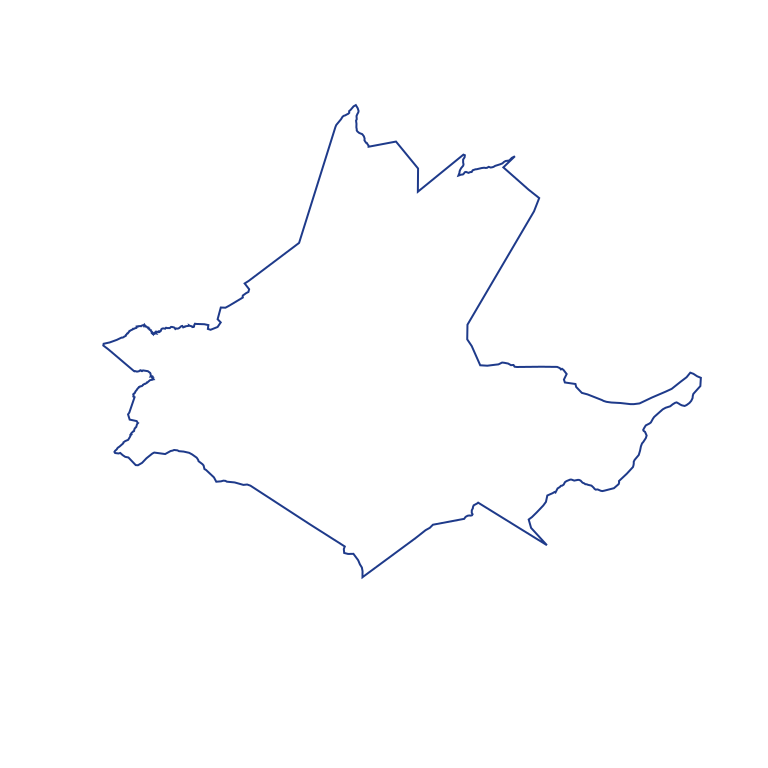 outline of Heroica Ciudad de Tlaxiaco, Oaxaca, Mexico, rotated 229°
{"feature_id": "50627088B37412880496873", "entity_name": "Heroica Ciudad de Tlaxiaco", "entity_type": "district", "adm_level": 2, "iso_a3": "MEX", "parent_name": "Mexico", "parent_adm1": "Oaxaca", "projection": "natural_earth1", "projection_center": [-97.668, 17.235], "detail": "fine", "context": "isolated", "style": "outline", "palette": "blue", "viewbox_px": 768, "rotation_deg": 229, "n_neighbors": 0, "source": "geoboundaries", "source_scale": "gbopen_adm2", "svg_char_len": 6130}
<svg xmlns="http://www.w3.org/2000/svg" viewBox="0 0 768 768"><g transform="rotate(229 384 384)"><path d="M470.0,632.2L470.8,628.8L470.5,625.2L472.5,622.1L472.9,620.2L472.8,618.2L473.7,615.6L475.7,611.0L476.0,609.2L476.5,608.0L477.4,606.5L479.2,605.5L479.6,603.5L480.6,602.2L481.5,601.5L482.9,599.4L485.3,594.8L486.0,593.9L487.1,591.2L486.5,589.2L487.3,588.2L487.9,586.3L490.3,585.0L490.8,583.9L490.4,582.2L490.4,581.0L491.6,579.2L492.5,576.9L493.9,579.5L494.9,580.6L495.5,581.7L496.3,583.8L496.8,587.0L497.7,588.2L499.2,589.0L501.5,591.0L502.2,593.5L503.6,595.1L505.0,594.4L506.9,535.7L524.3,551.1L559.1,552.1L573.2,528.0L574.2,528.8L575.7,528.8L576.8,529.2L577.8,528.7L580.7,529.1L582.0,530.4L584.1,531.3L586.8,531.5L589.7,530.0L592.1,529.6L593.3,529.8L594.2,530.6L595.8,531.5L598.4,533.9L601.1,535.7L601.7,537.1L604.3,539.1L605.4,541.4L605.8,542.7L606.7,543.9L609.4,545.1L613.0,545.7L613.5,543.2L612.8,538.6L612.8,536.7L611.5,535.7L611.4,534.3L611.8,532.9L612.2,530.9L612.8,529.6L612.9,528.1L612.0,525.2L610.8,517.9L609.8,515.9L546.2,412.5L550.6,349.3L551.3,344.8L544.0,344.4L542.4,342.0L543.0,339.7L543.4,335.5L543.0,334.9L541.9,334.2L544.8,317.9L545.6,314.4L548.8,311.0L542.0,300.9L537.6,301.2L536.2,295.8L538.7,288.7L541.1,287.2L543.7,290.1L547.0,287.6L552.6,281.6L553.5,280.9L553.0,279.5L552.0,278.3L551.9,277.8L552.7,276.7L553.5,276.9L555.2,275.7L556.1,275.4L555.7,275.2L558.0,271.7L557.8,271.2L558.2,270.5L558.5,269.6L560.1,269.9L560.6,269.0L560.6,266.2L561.0,264.9L561.8,263.9L562.3,263.6L562.4,262.6L563.9,262.8L564.5,262.6L566.2,261.4L566.8,260.7L566.7,259.4L566.9,258.8L568.6,256.9L569.1,256.7L569.5,256.3L569.3,255.1L570.5,254.2L571.3,253.1L571.4,251.9L570.5,250.4L570.8,249.5L571.5,248.8L571.4,248.3L570.8,248.2L571.3,247.5L572.3,247.1L573.3,246.0L573.1,245.4L571.6,245.2L572.4,244.6L573.1,244.5L573.2,243.5L573.0,243.1L572.6,243.1L572.7,242.7L573.0,242.5L573.3,243.1L573.5,243.0L573.1,242.5L573.7,242.5L574.0,242.3L574.8,242.1L575.0,242.2L574.8,243.1L576.1,243.1L576.8,242.9L577.6,243.3L577.8,243.0L579.0,242.7L579.6,243.1L579.8,242.8L580.4,242.6L580.7,243.1L581.0,243.2L581.3,242.8L581.0,242.1L581.5,242.9L581.9,242.5L582.8,242.5L584.1,242.1L584.1,241.7L585.1,242.1L585.4,241.9L585.4,241.2L586.1,241.7L586.1,240.8L586.7,240.3L587.0,239.3L587.0,238.5L587.5,238.2L588.6,236.8L588.6,236.3L589.3,235.7L589.1,235.3L589.1,235.0L589.5,234.8L588.8,234.1L588.8,233.8L589.4,232.8L589.5,232.1L589.9,231.1L590.3,230.9L590.3,230.4L590.1,230.0L590.6,228.4L590.8,226.7L591.0,226.6L590.5,225.2L590.6,224.9L590.3,224.0L590.6,223.7L590.6,223.1L590.3,222.4L590.3,221.3L589.8,220.9L589.9,220.0L590.2,219.1L590.2,218.1L590.5,217.3L590.9,216.6L591.2,216.4L592.6,211.3L595.3,204.3L598.3,198.8L597.2,197.4L591.0,198.7L557.7,203.8L557.2,204.1L557.2,204.5L555.4,205.7L554.4,207.4L554.3,208.8L554.1,209.3L553.7,209.5L553.4,209.3L552.8,209.5L552.4,209.9L552.4,211.0L548.6,214.2L545.8,214.8L544.9,214.5L543.0,213.3L542.8,212.8L542.0,214.1L541.7,214.2L541.7,213.5L540.8,213.3L539.8,213.8L539.6,213.5L539.9,213.1L538.8,213.1L539.0,212.8L539.1,212.2L540.4,209.9L540.4,206.3L540.7,206.1L540.5,205.5L540.8,203.8L541.1,203.6L541.5,201.6L541.3,201.4L541.3,199.8L542.2,198.4L542.1,197.7L542.5,197.0L542.2,196.4L542.3,196.2L542.0,194.1L541.8,193.8L541.4,191.3L541.0,190.8L540.7,190.0L540.9,188.5L540.5,187.8L539.9,187.8L539.0,186.6L537.7,187.1L529.5,173.0L529.0,170.9L524.0,168.7L518.3,173.0L516.2,172.6L515.9,172.7L515.7,171.2L514.1,168.8L514.2,167.9L514.0,167.6L514.0,166.7L513.2,165.3L512.5,164.6L512.5,164.3L512.8,163.7L512.8,162.9L512.6,162.6L512.7,161.5L512.1,159.5L511.6,159.8L511.6,159.2L510.9,158.0L509.7,154.3L510.7,151.2L510.9,149.0L510.3,148.3L510.3,143.1L510.5,141.8L510.4,140.4L510.0,139.5L510.0,137.3L509.6,136.0L508.3,135.8L505.7,138.1L505.0,139.7L501.8,140.1L498.8,140.9L496.2,142.9L485.7,143.4L484.1,145.0L483.2,149.7L483.8,156.0L483.5,163.5L483.0,165.6L474.7,172.9L473.4,179.0L472.4,180.8L471.9,182.3L469.4,184.6L467.8,185.2L464.5,188.4L459.9,191.8L456.7,193.0L451.3,194.3L448.8,194.0L447.4,193.4L442.6,194.4L440.9,194.4L437.6,192.7L435.9,193.3L425.1,194.4L420.3,193.3L417.5,197.1L416.4,199.4L414.9,200.8L413.4,201.3L407.7,206.7L400.1,211.7L397.9,214.8L394.9,216.5L327.1,235.9L287.1,247.8L285.8,245.4L282.6,243.1L279.3,245.4L275.9,249.5L268.0,248.9L263.7,247.5L260.0,246.9L256.8,245.0L252.3,241.0L247.0,306.8L246.4,319.5L245.4,324.2L245.7,328.6L229.6,356.1L230.1,357.8L230.1,359.0L229.7,360.7L228.9,362.0L227.7,363.2L227.2,364.3L227.6,365.4L229.2,365.7L231.1,367.4L231.9,369.5L232.7,370.3L233.6,372.1L232.7,376.1L232.7,377.2L155.5,401.2L178.9,400.6L186.8,404.3L186.5,408.4L186.9,415.0L187.8,424.5L188.8,428.9L192.7,434.1L191.0,439.6L190.6,441.9L189.6,442.2L191.3,446.5L190.9,449.1L191.1,450.7L190.4,451.8L190.2,453.6L191.2,456.1L191.0,458.0L189.7,461.8L188.8,462.8L186.3,464.2L184.4,467.5L183.6,468.3L182.1,469.0L179.3,469.1L177.7,469.9L176.3,470.2L175.3,471.2L174.1,471.8L171.2,473.9L168.3,474.2L166.8,474.1L165.5,474.4L164.2,476.1L161.1,477.6L159.9,478.6L159.0,480.2L154.5,489.2L154.5,495.4L155.3,496.7L156.6,497.7L157.0,508.4L158.0,517.4L158.8,518.7L159.9,520.1L161.5,521.5L162.3,523.4L163.3,529.7L165.7,533.5L168.4,537.0L169.9,539.8L170.1,541.5L171.4,546.1L172.8,548.4L176.6,549.6L178.3,549.2L179.3,549.5L180.1,551.5L181.0,554.4L180.0,558.5L179.9,560.2L181.4,564.3L181.9,566.4L182.0,577.7L181.3,581.0L179.4,585.4L179.3,588.4L178.8,591.4L178.1,592.8L175.9,593.6L174.1,594.1L172.5,594.8L170.2,596.5L169.6,598.5L169.3,602.1L169.7,604.8L170.9,607.6L172.5,609.3L173.6,611.0L174.9,621.4L180.8,627.2L184.4,625.4L188.7,624.2L191.6,622.6L190.6,616.8L191.1,609.3L191.6,597.9L193.5,591.4L198.0,577.4L201.7,564.1L205.0,559.2L207.1,556.8L214.5,550.0L220.9,543.4L224.6,540.2L227.2,538.6L228.8,538.0L242.6,530.8L247.5,527.5L255.7,527.1L258.4,528.5L266.5,521.5L269.3,522.7L271.7,528.4L276.9,528.7L278.7,528.3L278.9,527.1L280.7,527.1L283.3,525.9L293.7,514.2L309.7,495.4L311.4,493.9L313.4,494.2L314.9,492.2L318.0,491.1L321.2,488.6L322.7,487.2L323.7,483.3L325.7,480.4L330.0,474.0L335.0,468.9L355.1,475.1L363.1,476.1L374.0,485.9L415.9,610.5L422.5,623.1L435.9,620.6L469.2,616.2L470.0,632.2Z" fill="none" stroke="#1e3a8a" stroke-width="2"/></g></svg>